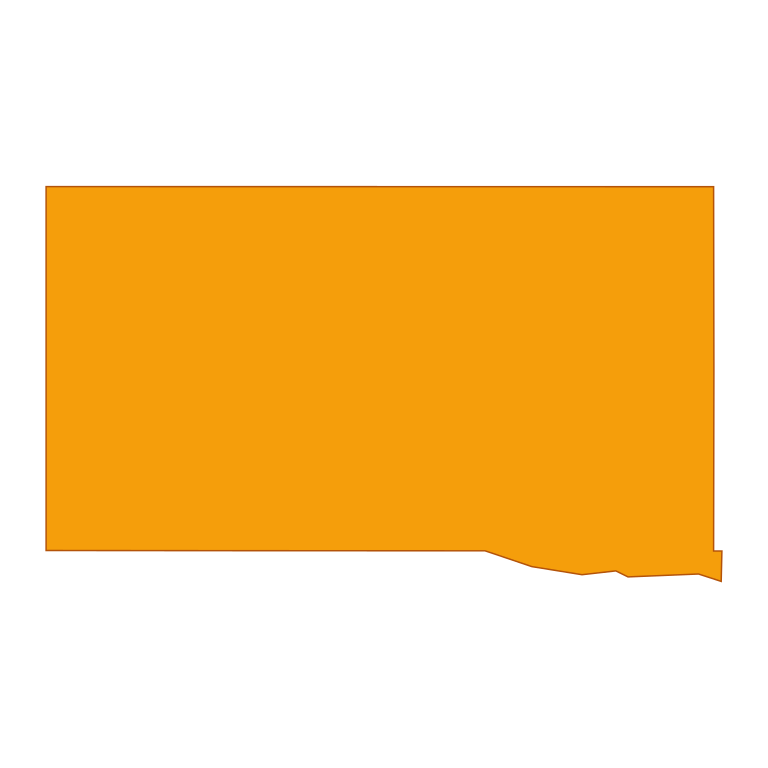 outline of Dawson, Nebraska, United States of America
{"feature_id": "52423323B42382477020436", "entity_name": "Dawson", "entity_type": "district", "adm_level": 2, "iso_a3": "USA", "parent_name": "United States of America", "parent_adm1": "Nebraska", "projection": "natural_earth1", "projection_center": [-99.68, 40.859], "detail": "fine", "context": "isolated", "style": "filled", "palette": "amber", "viewbox_px": 768, "rotation_deg": 0, "n_neighbors": 0, "source": "geoboundaries", "source_scale": "gbopen_adm2", "svg_char_len": 309}
<svg xmlns="http://www.w3.org/2000/svg" viewBox="0 0 768 768"><path d="M46.1,550.5L248.5,550.7L485.0,550.8L531.8,566.6L582.0,574.7L615.8,570.9L628.0,576.9L698.5,574.0L721.2,581.4L721.9,551.0L713.6,551.0L713.9,369.4L713.6,186.7L46.1,186.6L46.1,550.5Z" fill="#f59e0b" stroke="#b45309" stroke-width="1.5"/></svg>